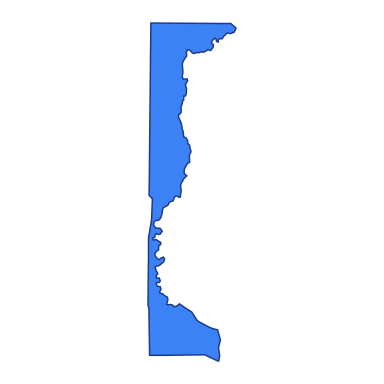 Abaji, Federal Capital Territory, Nigeria
{"feature_id": "59680162B29524904273451", "entity_name": "Abaji", "entity_type": "district", "adm_level": 2, "iso_a3": "NGA", "parent_name": "Nigeria", "parent_adm1": "Federal Capital Territory", "projection": "natural_earth1", "projection_center": [6.872, 8.857], "detail": "fine", "context": "isolated", "style": "filled", "palette": "blue", "viewbox_px": 384, "rotation_deg": 0, "n_neighbors": 0, "source": "geoboundaries", "source_scale": "gbopen_adm2", "svg_char_len": 2795}
<svg xmlns="http://www.w3.org/2000/svg" viewBox="0 0 384 384"><path d="M217.6,329.9L213.1,328.7L210.2,327.6L208.0,326.6L204.2,324.6L197.3,320.7L191.8,312.1L183.4,306.7L181.8,305.5L179.5,303.8L177.5,305.6L174.8,306.7L173.5,306.5L173.0,305.4L170.9,304.5L167.7,304.7L166.6,304.3L167.0,302.8L167.9,299.7L167.3,297.1L165.5,296.2L164.0,295.1L162.9,294.0L161.2,293.4L159.7,292.7L159.7,291.2L160.7,290.3L160.9,288.4L160.1,286.6L157.8,286.4L156.2,284.4L156.5,282.7L159.0,282.5L160.3,281.1L159.3,278.1L156.5,278.1L156.2,275.7L157.8,273.7L156.2,270.7L155.0,267.2L156.3,266.1L157.7,265.9L159.4,265.4L161.6,263.5L163.1,262.4L163.9,261.3L164.6,258.9L163.5,257.1L161.4,257.8L159.2,259.5L158.0,259.1L155.6,256.7L154.7,253.9L156.3,251.5L158.6,249.9L158.6,248.2L158.8,245.6L160.5,244.7L160.8,242.5L158.6,241.2L156.0,239.5L153.2,240.1L152.6,238.2L154.8,237.3L155.0,235.1L156.3,233.6L158.2,234.5L160.1,234.2L162.2,231.2L160.1,228.3L155.4,227.9L153.5,224.6L154.1,221.8L155.8,220.5L158.4,220.3L160.5,218.3L161.8,214.6L162.5,210.2L163.3,207.6L166.8,205.9L168.3,204.6L169.2,202.4L170.9,201.5L171.0,201.5L173.2,200.8L174.5,196.9L176.3,195.8L179.4,197.4L180.5,196.9L180.5,194.3L181.2,191.7L181.0,189.3L180.5,185.8L181.4,182.7L182.5,181.4L183.3,179.2L185.0,177.5L186.8,175.8L185.6,175.0L184.1,172.9L184.2,170.9L184.6,168.5L186.3,165.5L187.6,163.3L189.7,162.2L189.5,160.0L189.5,158.1L189.3,156.3L189.9,153.7L191.0,152.0L190.6,149.8L189.9,148.5L189.9,148.3L189.9,146.5L189.1,144.5L187.8,143.7L187.6,140.4L185.9,137.8L183.9,136.9L183.5,135.6L183.1,131.4L182.2,128.8L181.8,125.6L181.0,122.7L178.4,116.6L178.8,114.6L179.9,114.0L181.0,112.7L181.2,111.4L181.0,108.5L181.2,106.1L182.2,103.9L182.5,101.3L183.7,100.0L183.7,98.3L183.9,95.9L185.5,95.9L186.3,93.5L186.5,88.7L185.4,84.5L186.5,82.6L187.6,80.8L187.0,78.8L183.5,79.3L182.2,76.9L182.9,72.3L182.7,68.4L182.4,66.8L182.4,63.4L183.5,60.7L185.2,57.9L186.7,55.9L186.3,52.4L187.6,49.6L189.5,49.8L192.5,53.1L194.7,53.5L196.6,52.4L197.6,52.7L198.9,52.7L201.1,51.8L203.4,52.2L206.4,50.9L207.7,49.6L208.8,50.0L210.7,50.5L211.8,48.9L213.1,47.4L213.5,44.8L212.2,43.9L211.3,42.0L212.6,40.2L214.3,38.7L215.6,38.3L216.3,39.8L216.5,41.5L218.2,42.0L218.4,39.6L219.7,38.7L222.3,38.7L223.3,36.7L224.1,36.0L227.4,32.8L230.2,33.7L234.3,32.1L236.0,28.1L230.8,23.5L228.3,23.5L220.1,23.5L209.2,23.4L160.0,23.1L154.5,23.1L150.9,23.0L150.5,57.0L150.4,70.0L149.8,128.7L149.7,137.1L149.4,171.5L149.1,195.3L152.4,198.8L151.6,219.4L148.5,238.2L148.5,261.5L148.4,263.0L148.0,302.6L148.0,305.1L148.9,308.7L149.6,355.3L154.4,355.3L164.7,355.3L164.9,355.3L166.9,355.3L167.2,355.3L185.8,355.0L197.7,354.9L204.6,354.8L207.0,355.9L217.5,360.9L218.7,361.0L219.3,357.7L219.6,355.8L219.5,354.6L219.1,352.0L218.5,347.5L220.4,340.2L219.9,338.1L217.6,329.9Z" fill="#3b82f6" stroke="#1e3a8a" stroke-width="1.5"/></svg>